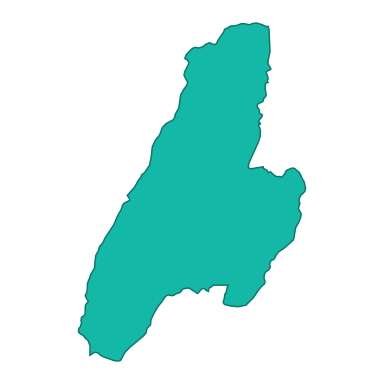 the border of Tolima
{"feature_id": "COL-1402", "entity_name": "Tolima", "entity_type": "Department", "adm_level": 1, "iso_a3": "COL", "parent_name": "Colombia", "parent_adm1": "", "projection": "mercator", "projection_center": [-75.185, 4.102], "detail": "fine", "context": "isolated", "style": "filled", "palette": "teal", "viewbox_px": 384, "rotation_deg": 0, "n_neighbors": 0, "source": "natural_earth", "source_scale": "10m", "svg_char_len": 3895}
<svg xmlns="http://www.w3.org/2000/svg" viewBox="0 0 384 384"><path d="M293.9,238.1L293.2,240.1L284.5,247.9L278.9,251.6L277.3,253.5L276.1,255.3L274.6,258.3L273.5,259.5L272.6,260.0L271.7,260.2L271.0,260.8L270.2,262.2L269.6,263.5L269.8,265.0L270.1,266.2L270.2,267.5L269.7,268.6L268.0,270.5L266.7,271.2L265.4,272.3L264.6,273.9L264.0,277.2L264.2,279.2L264.9,280.9L265.0,282.4L264.2,284.1L261.4,286.6L258.6,290.0L253.3,297.7L245.9,305.2L237.9,306.7L231.3,306.1L224.9,304.6L223.8,303.6L223.2,302.3L223.6,300.7L224.1,299.0L224.5,297.3L224.8,294.8L225.0,294.0L226.1,292.4L226.5,291.2L226.7,289.8L227.5,286.7L228.3,285.1L214.5,285.2L213.4,285.4L212.4,285.8L211.5,286.8L209.9,287.6L208.5,289.1L208.5,291.4L205.8,290.3L205.5,289.6L204.8,288.8L203.6,288.5L202.0,288.8L200.0,290.7L199.0,292.1L198.0,293.2L197.4,293.5L195.3,292.0L193.4,290.9L190.7,289.0L189.3,288.2L187.8,288.0L183.8,288.7L183.1,288.9L182.2,289.6L181.3,291.1L180.5,292.1L179.4,292.8L176.7,293.6L175.4,294.1L174.1,295.2L172.5,295.6L171.3,295.6L169.9,295.2L168.4,295.0L166.8,295.4L164.8,297.2L162.1,301.4L157.9,306.7L154.1,313.1L151.0,319.5L150.5,324.9L147.0,328.4L146.0,333.0L143.4,336.0L129.9,347.2L124.6,352.7L121.5,358.9L120.3,360.6L118.3,361.0L114.4,360.7L103.4,356.8L100.7,355.3L98.9,353.9L97.9,352.8L95.8,352.4L94.1,352.5L89.9,355.3L90.1,346.1L88.1,340.6L85.1,338.0L83.2,335.3L81.2,334.5L78.6,332.3L78.5,330.8L78.7,329.2L79.2,328.0L80.5,326.6L81.5,322.8L81.0,320.4L81.5,317.3L83.7,315.9L85.1,313.9L85.3,306.3L85.8,304.5L86.6,303.4L87.6,302.7L88.2,301.8L87.8,300.4L86.8,299.1L85.2,295.7L86.9,292.0L87.3,288.6L87.4,284.0L88.3,281.2L89.7,277.8L90.3,275.6L91.2,273.6L92.7,271.4L93.6,269.5L94.7,267.7L94.9,265.9L94.8,263.2L95.8,255.5L97.1,252.9L98.2,251.4L99.6,246.4L100.3,245.8L102.8,242.8L103.2,242.0L104.8,238.4L114.0,224.4L117.2,216.7L119.3,212.7L120.8,210.6L122.6,205.2L123.7,203.6L125.3,202.5L129.6,200.5L129.6,199.0L127.3,195.4L134.5,187.2L136.8,183.3L137.8,181.1L140.7,177.3L141.6,174.9L144.7,172.5L148.0,167.6L149.6,165.0L151.3,156.3L152.3,146.8L155.5,140.0L159.6,135.0L162.0,128.4L163.0,126.8L166.2,123.5L172.8,120.0L173.7,119.0L174.6,117.5L175.3,114.2L179.1,107.5L179.0,106.4L180.7,94.8L183.8,89.4L186.3,86.0L187.3,83.8L187.5,81.7L186.2,79.6L184.0,75.4L184.3,73.6L184.8,71.6L189.1,63.1L187.2,59.8L184.8,58.5L186.1,54.9L189.3,51.3L192.3,48.5L194.4,47.6L196.0,47.4L197.7,47.9L199.6,47.9L202.2,47.0L204.2,45.8L205.5,44.5L209.5,42.7L212.5,44.0L214.5,44.5L215.8,44.1L216.6,43.5L216.9,42.9L217.1,42.1L217.9,40.4L223.8,31.8L224.5,29.4L227.9,27.8L229.0,26.9L231.4,25.9L233.4,25.9L236.4,25.5L241.4,23.7L244.3,23.7L249.6,24.8L252.3,23.6L255.2,23.1L256.4,23.0L261.4,24.4L266.7,26.7L268.1,26.3L269.0,29.3L270.0,51.8L268.1,60.4L268.0,63.2L268.5,64.8L270.5,68.0L270.9,69.0L270.2,69.7L267.0,71.1L266.2,71.9L266.4,72.8L268.0,77.6L268.0,79.1L267.5,80.2L267.4,81.2L268.0,82.4L266.3,82.9L265.4,84.2L265.1,86.0L265.1,88.1L266.2,94.8L265.6,96.6L263.7,98.6L263.3,100.1L262.7,101.7L261.3,102.4L259.6,103.0L258.0,103.9L257.1,105.7L257.5,107.2L259.5,110.2L259.5,110.6L259.4,111.2L259.3,111.9L259.5,112.9L260.1,113.7L261.1,114.0L261.9,114.4L262.3,115.4L261.8,117.0L259.4,119.8L258.5,121.6L260.2,123.0L260.4,123.9L258.5,124.4L260.4,130.4L260.2,136.0L258.7,141.3L248.9,163.2L248.3,167.3L249.8,168.8L252.8,168.6L256.8,167.7L259.8,167.4L263.2,166.8L263.4,168.4L266.6,170.1L267.2,170.5L268.1,172.5L270.4,171.8L275.0,175.9L276.5,176.4L278.1,176.8L279.6,176.5L280.4,176.7L281.2,177.2L282.0,176.9L282.7,176.4L283.8,174.9L284.5,174.2L285.0,173.4L285.7,171.4L286.4,170.5L287.7,169.8L291.4,168.3L292.8,168.1L293.6,168.1L295.0,168.8L295.8,169.5L296.9,170.6L299.4,172.5L302.5,179.2L303.4,180.5L304.4,182.6L304.6,184.3L305.5,187.7L305.1,190.9L303.4,193.0L302.6,193.6L300.7,195.6L299.8,197.3L299.3,199.0L299.0,200.8L299.9,203.2L298.3,208.5L301.0,213.3L301.1,215.1L300.5,217.6L299.3,221.1L295.6,227.8L293.9,238.1Z" fill="#14b8a6" stroke="#0f766e" stroke-width="1.5"/></svg>